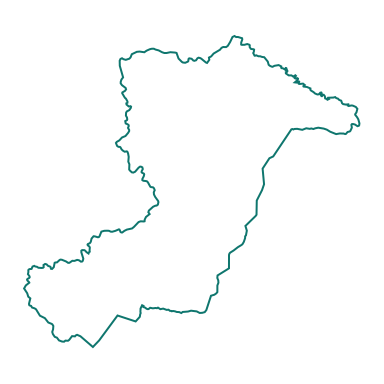 Victoria, Yoro, Honduras, rotated 91°
{"feature_id": "27666195B67496121573402", "entity_name": "Victoria", "entity_type": "district", "adm_level": 2, "iso_a3": "HND", "parent_name": "Honduras", "parent_adm1": "Yoro", "projection": "natural_earth1", "projection_center": [-87.58, 15.094], "detail": "fine", "context": "isolated", "style": "outline", "palette": "teal", "viewbox_px": 384, "rotation_deg": 91, "n_neighbors": 0, "source": "geoboundaries", "source_scale": "gbopen_adm2", "svg_char_len": 5887}
<svg xmlns="http://www.w3.org/2000/svg" viewBox="0 0 384 384"><g transform="rotate(91 192 192)"><path d="M162.8,256.2L165.4,255.1L170.6,255.2L171.5,254.6L173.4,252.5L173.6,251.0L172.7,249.2L168.7,245.9L167.6,244.5L167.5,243.6L168.2,242.1L169.9,241.6L172.2,242.7L173.0,242.8L173.6,242.3L174.5,240.4L175.2,240.1L177.1,240.5L179.7,241.8L180.9,241.9L181.6,240.9L181.9,238.0L182.2,237.1L183.2,236.2L187.4,233.8L187.8,233.1L188.0,231.1L188.9,230.1L190.8,229.3L192.9,230.2L195.1,230.0L197.6,228.7L201.6,225.7L202.7,225.4L205.2,225.9L206.2,227.1L206.3,228.3L207.4,230.6L211.3,234.8L213.0,235.3L214.8,234.0L217.8,237.6L220.4,238.8L222.1,238.9L222.3,239.6L222.2,242.9L223.0,244.9L227.9,249.4L229.5,251.3L230.7,256.4L232.0,258.9L233.7,261.0L233.7,261.9L233.3,262.7L230.8,263.9L230.6,264.4L232.2,268.0L233.1,271.0L233.1,272.5L232.3,274.2L232.2,275.1L232.3,279.0L233.2,281.9L237.9,283.7L238.7,284.4L238.9,285.3L238.0,288.6L238.0,289.7L240.3,291.6L243.4,292.3L244.4,292.8L245.1,293.5L245.8,295.1L246.3,295.5L247.1,295.3L248.4,293.6L249.4,293.2L252.1,293.4L253.5,293.2L254.1,294.0L255.3,294.4L254.0,296.4L252.4,297.9L252.0,298.7L252.0,300.8L252.6,301.6L254.2,301.6L260.6,299.5L262.7,300.0L263.4,300.6L263.6,301.8L262.2,303.9L261.9,305.7L262.9,308.2L262.9,310.5L264.9,313.3L265.0,314.6L263.6,316.8L262.0,321.0L261.9,322.4L262.3,323.2L264.7,325.7L264.9,327.6L265.2,328.1L269.6,328.9L271.4,330.6L271.2,331.7L269.5,332.1L269.0,332.7L268.4,334.6L266.9,336.1L266.5,337.6L267.6,339.2L269.8,339.0L270.4,339.7L270.6,341.1L270.4,344.3L269.5,345.7L269.2,347.5L268.6,348.4L269.3,350.1L271.7,351.1L271.9,353.0L272.4,353.9L273.0,354.3L275.0,354.2L277.0,354.6L279.1,353.0L280.0,352.8L280.7,353.2L281.9,355.1L282.6,355.4L283.4,355.0L284.9,353.4L285.5,353.1L288.3,356.5L291.4,358.2L296.1,355.0L299.5,353.9L301.2,351.8L306.5,353.0L307.6,352.9L308.2,352.5L308.7,350.9L310.3,349.9L311.1,347.3L312.0,345.9L318.3,341.9L320.7,336.9L325.0,333.4L326.3,330.0L326.8,329.3L328.4,328.3L331.7,328.5L334.4,329.3L336.5,328.6L339.2,326.7L340.0,324.5L342.7,322.4L343.8,319.3L343.9,317.3L342.8,316.0L342.9,313.4L342.0,312.2L338.2,309.4L338.4,306.5L337.5,305.8L336.8,304.4L338.2,301.0L348.7,288.4L342.1,282.3L316.8,264.3L322.4,246.1L317.7,242.0L315.3,241.7L313.9,241.2L312.9,241.5L309.4,241.4L306.1,239.9L306.8,238.4L307.9,238.5L308.5,236.7L309.5,235.5L309.9,234.3L309.8,233.4L308.5,231.8L309.0,229.1L308.6,226.4L308.8,225.0L308.2,224.0L309.7,221.6L309.1,218.8L310.3,215.3L310.1,213.4L311.2,212.0L311.3,210.4L311.6,210.1L311.3,208.9L311.6,206.9L312.2,205.2L312.3,202.7L313.2,200.6L312.1,199.2L311.6,193.9L310.7,190.9L311.3,185.2L312.8,182.2L312.6,179.6L311.9,177.2L309.8,175.6L295.4,171.2L294.3,167.8L292.9,165.9L291.6,164.9L285.0,165.0L282.3,164.0L279.9,164.2L277.5,165.2L275.0,165.0L267.7,153.7L254.3,153.9L252.9,153.5L252.0,152.8L249.7,149.3L246.4,145.2L244.0,141.4L243.1,140.5L240.9,139.3L237.2,138.1L235.4,138.1L234.4,137.3L229.7,136.5L225.0,138.0L214.8,127.9L213.6,127.1L199.4,127.1L188.9,122.0L183.0,120.1L167.4,121.8L156.9,115.2L155.0,111.4L127.6,93.7L127.3,92.7L127.7,91.7L127.2,90.7L127.0,88.0L127.9,82.8L126.3,78.9L126.8,75.3L126.4,73.9L126.9,71.7L126.2,70.0L125.5,66.9L126.3,61.4L127.3,58.3L129.3,54.9L131.6,48.9L130.9,45.3L130.9,41.5L131.4,39.9L131.2,39.1L129.3,37.5L128.7,35.3L128.1,34.7L124.9,33.3L122.1,33.8L121.4,33.4L121.2,32.3L121.7,30.2L123.3,27.7L122.9,26.4L122.3,26.0L120.4,25.8L116.4,27.0L114.4,28.2L111.9,30.2L111.2,30.1L109.6,29.0L106.0,28.1L104.1,29.7L102.8,32.8L102.7,34.2L103.3,36.8L102.9,37.6L102.0,37.1L101.6,37.2L101.9,39.8L101.5,42.4L100.6,43.5L98.1,44.4L97.4,46.4L96.1,47.7L95.6,49.4L94.6,50.5L95.1,52.2L95.4,57.7L96.0,58.1L96.8,57.0L97.4,58.2L96.6,59.1L96.1,60.5L94.0,60.8L92.5,62.0L92.4,63.0L93.9,63.7L93.9,64.2L92.6,65.0L90.9,64.1L90.3,64.4L90.4,65.4L92.1,66.9L92.3,68.0L92.1,68.9L91.3,70.8L90.1,72.1L88.4,74.9L87.6,75.5L86.4,75.4L85.0,78.9L84.6,82.3L84.2,82.5L83.0,81.2L81.7,82.9L82.1,86.2L81.9,87.2L81.5,87.5L80.0,86.7L79.6,87.0L79.6,87.8L80.8,89.5L80.6,91.1L79.0,89.3L77.5,88.1L76.8,88.0L76.3,88.8L76.8,90.4L76.3,91.4L75.8,91.6L74.1,90.1L73.5,90.7L74.8,92.9L73.7,94.5L73.7,97.4L71.8,100.2L71.3,100.3L70.1,99.0L69.4,98.7L69.2,98.9L69.3,99.9L69.1,100.4L68.8,100.4L68.4,99.2L66.5,99.9L66.4,100.5L67.5,101.0L67.7,101.5L66.7,103.4L66.6,104.6L66.2,105.0L64.9,104.9L63.6,107.6L64.4,111.8L65.4,113.6L65.2,114.7L64.3,116.6L63.4,117.6L60.3,118.5L56.0,122.1L55.7,124.4L55.1,126.2L55.1,128.0L54.2,130.2L54.7,131.5L54.5,131.9L52.0,133.2L50.7,132.6L48.5,132.4L48.2,133.0L48.0,135.2L47.7,135.8L46.0,136.9L44.3,136.8L43.8,137.2L43.1,139.4L43.9,142.1L44.0,144.7L43.7,145.4L41.6,145.4L38.7,144.4L37.4,144.6L36.2,148.8L36.3,150.6L35.3,152.3L36.3,154.2L41.4,156.5L45.3,158.8L46.5,160.4L46.5,163.3L46.9,164.3L48.0,165.6L49.2,166.4L53.2,172.8L56.1,175.2L57.3,177.4L59.5,177.0L62.7,179.2L62.3,180.3L58.5,185.1L57.9,186.3L57.6,187.8L58.2,188.9L60.2,190.2L60.8,191.9L60.5,193.0L58.8,194.7L58.4,197.1L59.1,197.8L61.2,198.0L61.7,198.4L62.9,201.0L62.7,203.3L62.1,204.4L58.8,207.8L53.2,209.9L52.9,211.2L52.6,216.1L53.5,220.0L53.5,222.1L52.8,224.3L51.0,227.8L50.2,231.0L49.4,232.7L49.5,234.9L50.0,236.7L51.5,239.9L53.1,242.1L52.5,246.8L52.8,249.6L55.3,254.6L58.5,255.8L59.8,257.0L61.0,260.5L60.4,262.9L59.5,264.3L60.2,265.8L62.0,266.6L67.1,266.4L78.6,262.9L80.8,264.5L83.1,265.2L84.6,265.2L86.4,263.9L89.1,260.2L90.5,259.7L92.0,260.7L93.7,263.4L94.5,263.5L98.9,260.8L99.8,259.7L102.6,258.1L103.9,258.1L104.5,259.2L105.7,259.0L107.6,256.7L107.3,254.9L107.8,254.4L109.1,254.7L111.2,256.1L112.6,258.6L113.9,259.3L116.8,259.4L118.7,258.3L120.5,258.0L121.3,258.3L122.3,260.0L124.6,259.5L125.5,257.4L126.3,256.5L127.2,256.4L129.0,257.1L131.1,255.9L132.2,255.9L134.0,256.9L137.2,259.5L138.7,262.9L141.7,265.6L143.2,268.1L144.3,268.9L147.2,267.7L148.1,266.4L148.2,264.8L148.6,264.3L150.7,263.1L152.0,261.6L152.9,260.0L152.5,257.9L152.9,257.3L154.5,256.6L158.0,255.9L162.8,256.2Z" fill="none" stroke="#0f766e" stroke-width="2"/></g></svg>